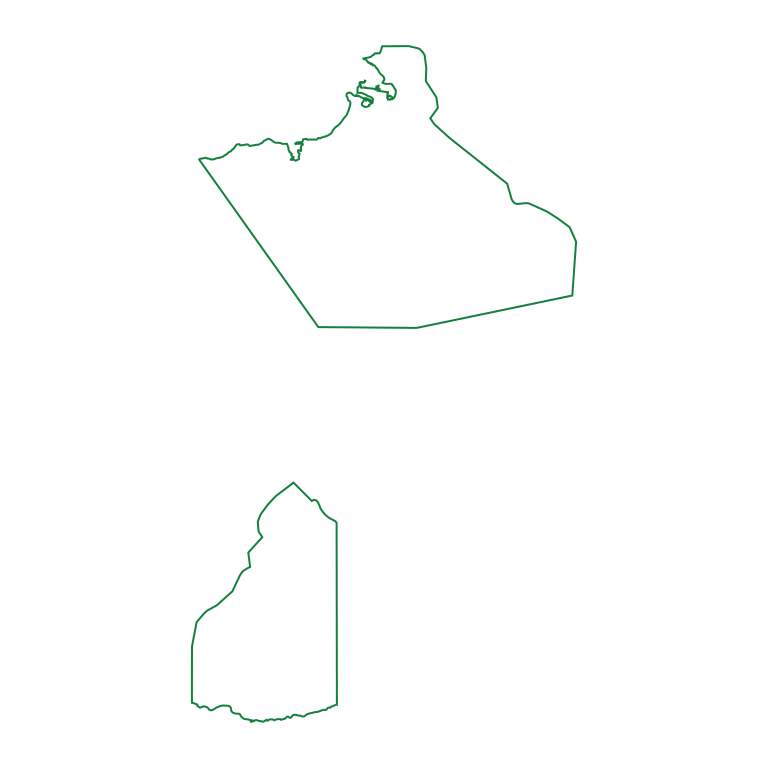 Hafnarfjarðarbær, Reykjavík, Iceland (orthographic projection)
{"feature_id": "244011B99927833063684", "entity_name": "Hafnarfjarðarbær", "entity_type": "district", "adm_level": 2, "iso_a3": "ISL", "parent_name": "Iceland", "parent_adm1": "Reykjavík", "projection": "orthographic", "projection_center": [-22.014, 63.956], "detail": "fine", "context": "isolated", "style": "outline", "palette": "green", "viewbox_px": 768, "rotation_deg": 0, "n_neighbors": 0, "source": "geoboundaries", "source_scale": "gbopen_adm2", "svg_char_len": 5915}
<svg xmlns="http://www.w3.org/2000/svg" viewBox="0 0 768 768"><path d="M363.4,58.6L363.6,59.0L364.3,59.0L364.9,59.3L365.3,59.1L365.9,59.5L366.4,60.0L366.6,60.5L368.3,62.7L368.6,62.8L368.8,62.4L370.4,63.5L370.4,63.9L370.7,64.1L370.8,63.6L371.3,64.0L371.5,63.7L371.8,63.6L373.4,65.0L373.3,65.3L373.8,65.2L374.8,65.7L376.6,68.5L377.0,68.4L378.2,70.4L378.3,70.4L379.4,72.7L381.3,74.7L382.6,75.7L383.3,76.5L383.8,77.2L384.4,79.6L382.6,82.4L382.5,82.6L382.7,82.9L382.3,83.7L382.9,82.9L385.9,83.9L391.0,83.8L392.2,84.4L392.4,85.4L392.8,85.6L394.1,87.6L394.1,87.9L394.4,88.0L395.7,90.0L395.6,90.7L395.9,91.3L395.6,93.7L395.2,95.2L394.3,97.5L393.2,97.9L392.4,97.3L392.1,97.2L393.2,98.6L392.4,99.2L390.6,99.0L390.4,99.7L390.2,99.8L387.9,99.6L387.9,98.3L387.5,98.1L387.6,97.5L387.4,97.4L387.5,97.3L387.4,96.8L387.6,96.6L387.5,96.1L390.5,96.4L390.5,95.9L387.4,95.5L387.4,93.0L387.6,92.6L388.0,92.7L388.0,92.2L377.9,90.8L378.0,90.5L377.7,90.5L377.8,89.5L378.0,89.2L379.7,89.5L379.7,89.2L377.8,88.9L377.9,87.5L378.2,87.0L378.4,87.0L378.6,85.6L378.3,85.6L378.2,86.8L377.9,86.9L377.2,86.3L376.5,86.3L376.4,86.5L376.1,89.0L376.0,89.5L375.8,89.7L374.6,89.2L374.6,88.8L365.2,87.9L365.2,87.4L361.4,87.8L361.0,87.4L360.8,85.3L360.4,85.0L360.3,83.5L360.5,82.8L360.7,82.7L364.2,82.6L364.8,82.2L365.4,81.0L364.9,80.7L364.5,81.7L364.0,82.1L360.6,82.0L360.0,82.2L359.6,82.7L359.5,86.0L359.4,86.3L358.0,87.0L357.6,87.5L357.5,91.8L357.4,92.2L357.4,92.4L357.8,92.7L361.7,93.0L365.9,94.7L367.6,95.9L371.1,97.1L372.6,98.4L372.9,99.0L373.0,99.4L372.5,102.8L369.0,104.9L368.9,105.5L369.2,105.9L368.9,106.1L365.8,107.0L364.6,106.8L362.8,105.8L361.9,104.9L361.8,104.4L362.0,103.3L362.3,102.6L363.7,100.9L363.8,99.7L364.0,99.2L365.2,99.4L365.8,99.7L366.0,100.6L366.4,100.7L366.7,100.4L366.8,99.6L367.0,99.6L368.7,100.4L369.5,101.5L370.0,101.9L371.0,102.0L371.3,101.6L371.3,101.0L370.9,100.3L370.4,99.9L368.1,99.1L366.3,98.2L363.5,98.3L360.5,97.1L359.5,96.2L358.5,95.9L357.7,96.1L355.9,96.0L356.2,95.2L355.2,96.0L354.2,95.6L353.1,95.1L351.5,93.3L350.8,92.9L349.1,92.6L347.4,93.2L347.0,93.5L346.6,94.5L346.5,96.1L347.5,97.4L347.8,99.1L348.2,100.2L349.8,101.4L350.2,102.1L350.3,102.6L350.4,103.6L349.9,106.2L349.5,107.2L349.0,109.1L348.2,111.4L347.6,112.6L346.8,114.9L344.0,118.1L340.3,123.2L338.6,125.0L335.4,127.3L334.5,128.2L332.5,130.9L332.1,132.0L331.4,133.2L328.2,135.4L324.3,136.8L321.5,137.5L320.7,138.2L320.0,138.3L318.4,137.9L316.9,139.5L316.4,139.6L310.0,139.5L307.4,139.8L306.9,139.0L306.6,138.9L303.6,139.2L303.0,139.5L302.9,140.0L302.9,140.9L302.8,141.3L302.1,142.1L296.9,142.4L295.3,143.4L295.5,144.0L301.2,143.5L301.4,143.8L302.4,143.8L302.8,144.0L302.9,144.3L302.8,144.6L301.6,145.4L300.8,147.5L300.7,148.0L300.9,148.2L301.2,149.8L301.0,150.9L300.6,151.0L298.8,150.1L298.3,150.3L298.0,150.8L298.0,151.3L298.0,151.8L298.6,153.0L299.6,153.6L298.8,156.8L298.7,157.7L299.0,158.9L298.9,159.2L296.1,160.5L295.4,160.7L293.7,159.5L292.6,159.9L290.9,159.8L290.8,159.5L291.0,159.4L291.9,159.2L292.6,159.4L292.7,159.0L292.1,158.4L293.2,158.0L293.5,157.7L293.5,156.9L292.3,156.6L292.0,156.3L291.4,155.4L291.4,155.2L291.9,154.2L290.8,153.5L290.5,152.5L289.6,152.3L289.5,151.5L288.6,150.0L288.4,149.3L288.5,148.0L288.3,147.2L287.9,146.5L287.2,144.4L286.9,143.8L282.8,143.9L281.9,143.7L281.0,143.2L279.1,142.8L276.4,142.8L274.8,142.4L273.4,141.7L271.2,139.9L268.7,138.7L266.4,139.5L265.7,140.1L264.5,140.6L263.9,140.9L262.3,142.8L260.2,143.7L259.2,144.4L258.0,144.8L257.3,144.7L255.0,145.0L254.0,145.4L252.0,145.5L250.9,145.9L250.0,146.0L249.3,145.7L247.9,144.5L247.1,144.4L241.1,145.4L240.1,145.2L239.7,144.4L239.3,144.2L237.1,144.4L236.2,145.1L234.1,148.0L233.8,148.6L232.0,149.8L231.0,151.3L229.9,151.6L228.3,152.6L227.7,153.3L226.3,154.5L224.8,155.2L222.9,156.7L220.3,157.5L219.5,157.9L218.3,157.9L216.1,158.4L214.1,159.3L211.0,159.5L209.6,158.8L207.3,158.5L206.2,157.8L203.6,158.1L202.0,158.6L200.4,158.7L199.9,158.9L199.2,159.6L318.3,327.1L416.7,327.9L572.3,295.5L576.1,241.7L569.6,227.2L557.6,218.3L546.7,211.4L528.8,203.4L526.2,203.1L517.2,204.0L514.8,203.3L513.2,201.8L511.7,199.4L507.2,183.7L449.5,137.9L434.2,124.1L430.3,118.3L437.9,107.8L436.4,97.4L425.8,81.0L426.3,67.9L424.6,55.2L423.1,52.6L420.1,49.4L418.1,48.3L408.6,46.1L382.2,46.3L380.4,51.9L379.6,53.3L375.8,53.3L375.8,53.5L374.6,53.5L373.6,54.9L372.5,55.3L370.9,56.9L363.4,58.6ZM336.9,704.8L336.6,523.2L336.2,522.2L335.2,521.2L329.2,517.9L325.6,515.1L322.9,512.0L320.7,508.9L319.6,505.9L317.9,502.2L315.9,500.2L313.9,499.8L311.8,501.0L293.5,482.6L275.8,496.1L268.0,504.4L260.6,514.4L257.8,521.5L258.6,531.6L262.3,537.1L248.3,552.6L250.1,566.9L247.0,568.5L242.7,571.3L240.1,575.0L232.4,591.3L216.8,605.3L207.2,610.6L203.7,613.8L196.6,622.2L192.0,646.4L191.9,702.8L192.8,702.9L197.2,704.5L197.4,705.1L197.2,705.7L199.7,707.5L200.6,707.6L201.8,706.9L203.6,706.4L205.8,706.7L207.4,707.4L208.0,708.0L209.1,709.6L210.4,710.2L211.0,710.4L213.5,709.5L215.6,708.1L218.6,706.6L222.5,705.5L227.7,705.7L229.1,706.1L229.8,706.5L230.6,707.4L230.9,708.1L231.1,709.1L231.2,710.6L232.2,712.1L232.6,712.5L234.9,713.5L239.3,713.8L239.8,714.1L241.4,716.9L242.2,717.3L243.1,718.3L244.3,718.9L250.0,719.8L250.8,720.8L250.8,721.7L251.2,721.9L251.6,721.6L251.9,720.3L252.4,720.3L253.2,721.2L253.5,721.3L255.1,720.2L256.0,720.1L257.3,720.3L259.2,721.0L261.1,721.2L262.1,721.6L263.0,721.7L264.8,721.0L266.2,719.8L266.7,719.8L267.4,720.7L268.1,720.5L269.3,719.5L269.7,719.4L272.3,719.4L273.8,719.9L274.2,720.3L275.7,719.6L277.9,719.1L280.4,719.2L280.9,719.8L281.4,719.7L282.6,719.4L283.3,718.9L284.7,718.9L287.2,716.6L288.0,716.6L289.4,717.6L290.4,717.9L290.8,717.7L292.6,715.4L293.7,714.8L296.0,714.8L297.5,715.4L299.4,715.5L303.0,716.6L304.2,716.4L305.1,715.8L306.7,714.4L310.0,713.3L315.8,712.0L317.7,711.9L323.6,709.7L325.5,710.1L326.1,709.9L327.3,708.7L327.6,708.1L328.5,707.6L330.4,707.6L330.7,707.0L331.3,706.5L333.0,706.1L335.8,704.8L336.9,704.8Z" fill="none" stroke="#15803d" stroke-width="2"/></svg>